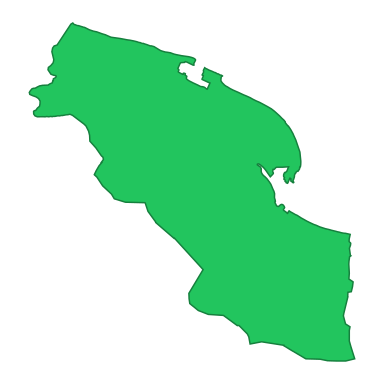 Kota Lhokseumawe, Aceh, Indonesia
{"feature_id": "22746128B88010078110453", "entity_name": "Kota Lhokseumawe", "entity_type": "district", "adm_level": 2, "iso_a3": "IDN", "parent_name": "Indonesia", "parent_adm1": "Aceh", "projection": "orthographic", "projection_center": [97.116, 5.162], "detail": "fine", "context": "isolated", "style": "filled", "palette": "green", "viewbox_px": 384, "rotation_deg": 0, "n_neighbors": 0, "source": "geoboundaries", "source_scale": "gbopen_adm2", "svg_char_len": 5716}
<svg xmlns="http://www.w3.org/2000/svg" viewBox="0 0 384 384"><path d="M350.2,234.4L348.6,234.0L345.5,233.3L343.9,233.2L341.6,232.8L338.8,232.0L337.9,231.9L336.2,231.4L331.3,230.2L329.3,229.6L325.4,228.7L319.8,226.9L316.0,225.2L313.9,224.5L309.6,222.5L306.8,221.1L303.8,219.4L301.1,217.9L297.1,215.3L295.2,214.5L293.7,213.6L290.1,211.6L289.3,210.9L289.0,210.9L288.9,211.1L288.5,211.8L288.1,212.1L288.1,212.4L287.8,213.1L287.4,213.4L286.2,212.2L284.0,210.6L283.7,210.4L283.5,210.1L283.4,209.8L283.6,209.2L284.5,207.9L284.6,207.6L284.6,207.4L284.4,206.8L283.5,205.3L282.6,204.6L281.7,204.4L281.1,204.5L280.3,205.0L279.6,205.5L278.8,206.3L278.3,206.5L276.9,206.1L276.5,205.6L275.9,204.5L274.8,202.1L274.9,201.9L275.3,201.6L275.4,201.4L275.1,199.8L274.5,197.9L274.5,196.2L274.6,193.7L273.9,191.2L273.1,189.6L271.1,184.8L270.6,183.8L269.3,181.9L267.0,178.8L264.9,176.7L263.4,175.5L262.3,174.1L261.6,172.9L261.4,172.2L261.2,171.3L261.2,169.2L261.3,169.0L260.9,167.9L260.5,167.2L260.0,166.7L257.4,165.0L257.3,164.3L257.6,164.1L258.2,163.8L259.2,164.1L260.8,165.2L262.9,167.0L264.0,168.1L265.5,169.9L270.3,176.8L271.8,175.3L273.3,173.6L273.3,172.8L272.9,172.2L272.7,171.8L273.0,169.4L273.6,169.3L274.1,169.4L274.9,168.7L275.7,167.7L276.7,167.2L282.5,167.2L286.8,166.9L288.6,166.8L286.9,171.1L285.2,172.7L284.8,172.5L284.2,173.2L283.6,174.9L283.6,175.6L283.6,176.3L283.8,176.9L284.5,177.5L283.9,179.0L284.1,179.5L284.6,179.6L285.1,180.1L285.2,180.5L285.0,181.1L285.1,181.4L285.6,181.9L286.3,182.2L286.4,182.3L286.3,182.8L287.4,183.3L287.7,183.1L287.9,182.8L289.8,178.3L290.0,178.1L290.8,178.7L291.0,178.9L290.8,179.6L290.8,179.9L290.9,181.0L291.0,181.3L291.4,181.5L292.7,182.0L292.6,182.5L292.9,182.6L293.5,182.7L293.8,182.2L293.2,181.4L293.1,181.1L293.1,180.4L293.7,179.1L294.4,176.8L294.5,175.1L294.9,174.3L295.1,173.6L295.3,173.3L295.4,173.2L295.6,173.2L295.8,173.0L295.9,172.4L296.1,172.2L297.4,171.1L297.8,171.1L298.0,171.2L298.3,170.9L299.6,168.8L299.7,167.1L300.0,166.8L300.2,167.0L300.3,167.0L300.4,166.8L300.7,164.9L300.8,162.5L300.8,161.1L299.9,152.1L299.1,149.7L298.2,147.1L295.8,140.0L295.3,138.9L293.7,135.4L293.1,133.9L290.9,129.9L289.4,127.6L288.3,126.0L288.0,126.0L287.8,125.8L285.6,123.1L285.3,122.5L285.2,121.7L284.7,121.1L283.8,120.0L282.0,118.4L279.5,115.8L274.5,111.3L273.5,110.5L271.3,108.8L267.5,106.6L262.7,104.0L259.5,102.3L256.2,100.9L252.6,99.1L250.4,97.8L246.2,95.9L243.7,94.9L239.0,92.7L232.9,90.0L230.0,88.5L227.3,86.8L226.1,86.2L224.8,85.3L224.2,84.8L223.7,84.2L222.5,83.1L221.2,81.3L221.0,80.8L220.9,79.0L221.1,78.3L221.1,77.4L221.6,76.5L222.5,76.0L222.5,75.9L221.7,75.4L221.1,75.1L220.1,75.0L218.3,73.9L217.3,73.8L216.4,73.2L215.4,72.6L214.4,72.4L212.1,71.3L208.8,70.0L207.2,69.1L205.8,68.5L204.7,67.7L203.4,70.3L203.4,70.9L203.6,71.7L203.6,72.0L203.2,73.0L202.2,74.7L202.2,75.1L203.3,75.6L203.4,75.8L202.0,79.1L202.0,79.3L202.2,79.5L208.6,82.5L210.0,83.0L207.3,89.0L207.1,89.2L206.7,89.0L206.2,88.7L204.8,87.5L204.3,87.2L202.7,86.7L201.4,86.6L200.4,86.4L199.8,86.1L198.3,85.3L193.1,82.9L189.4,81.0L188.1,80.2L186.9,79.3L186.5,78.7L186.3,78.2L186.4,77.8L186.8,76.5L186.8,76.3L186.6,76.1L185.3,75.3L185.1,75.0L185.1,74.9L185.4,73.9L185.2,73.6L184.8,73.4L184.2,73.2L183.5,73.2L183.4,73.2L183.2,73.5L183.3,74.2L183.2,74.3L182.9,74.4L180.4,73.2L178.5,72.1L178.3,71.9L178.3,71.5L178.9,70.1L178.9,69.8L178.8,69.6L178.0,68.8L177.9,68.7L177.9,68.4L180.2,63.2L180.6,62.8L180.8,62.7L184.7,62.4L184.9,62.2L185.0,61.8L185.2,61.6L185.4,61.6L185.8,61.7L187.1,62.2L193.0,65.1L193.9,65.2L194.0,65.1L193.8,63.7L194.0,63.2L195.3,60.7L195.5,60.2L195.5,59.8L195.4,59.5L195.0,59.1L194.2,58.5L193.0,57.9L191.5,57.4L188.7,56.7L181.6,55.7L176.1,54.6L173.7,54.0L170.5,52.8L167.6,52.3L165.2,52.0L161.8,51.0L160.9,50.7L159.9,50.2L154.0,46.6L151.4,45.9L150.3,45.9L150.0,45.8L146.8,44.6L144.5,43.9L143.3,43.4L142.0,43.4L140.2,42.6L138.8,42.4L136.8,41.7L134.0,41.0L130.0,40.2L127.6,39.9L120.2,38.5L111.6,37.3L110.7,37.1L106.3,35.2L105.5,34.8L102.1,33.8L96.9,31.9L93.2,31.1L89.4,29.8L87.6,28.9L84.6,27.4L83.4,27.2L82.3,26.8L79.6,26.0L78.8,25.7L77.1,25.5L76.5,25.3L75.7,24.9L74.5,24.6L74.2,24.5L73.7,24.0L72.8,23.0L70.9,24.1L57.1,45.0L54.1,46.0L52.6,48.1L51.9,51.7L53.8,59.7L53.2,62.7L50.8,65.6L48.4,67.4L48.0,69.8L50.9,74.2L53.5,75.2L55.9,75.7L56.2,76.7L55.4,77.7L53.4,78.8L53.3,80.0L53.2,79.9L52.8,80.6L52.3,82.8L49.8,83.9L48.0,85.1L45.4,85.2L42.7,85.3L39.6,85.9L37.1,87.1L35.2,88.2L34.0,88.2L32.1,88.7L30.5,90.5L29.3,92.4L29.8,94.4L32.5,95.6L36.1,96.9L38.6,98.6L40.1,101.1L40.0,104.0L39.5,106.3L37.5,108.0L35.7,110.4L34.3,110.7L33.6,111.4L33.7,114.0L34.9,115.8L37.3,116.8L42.3,116.7L45.3,116.8L46.7,116.5L48.8,116.8L50.8,116.4L52.1,116.7L53.1,116.4L54.9,116.4L57.9,115.8L59.6,115.9L61.2,115.5L62.6,115.5L66.2,114.8L68.0,114.7L69.4,114.3L70.4,114.4L72.6,115.4L83.8,123.9L86.0,126.0L88.6,131.2L89.6,135.3L89.9,141.2L95.9,147.9L101.3,155.7L103.0,157.3L103.4,159.5L101.2,162.6L101.7,162.7L99.1,165.7L96.2,170.7L94.3,174.7L96.9,177.1L102.7,185.9L111.5,194.1L114.3,198.8L125.4,202.2L145.0,202.7L145.0,202.3L148.0,211.4L155.7,222.0L155.7,222.5L174.1,238.4L174.4,238.1L203.1,269.6L188.9,293.3L189.1,298.8L189.8,303.6L198.3,310.5L208.3,314.4L223.4,315.4L237.3,325.6L239.0,325.5L247.3,333.9L248.8,336.9L250.1,344.0L261.6,341.8L283.9,345.3L283.8,345.7L290.7,349.9L305.8,358.8L320.1,359.2L327.5,360.7L337.1,361.0L345.7,361.0L354.7,358.8L350.9,346.7L349.3,341.0L349.3,330.5L350.0,326.8L345.5,323.9L343.4,315.9L343.8,313.4L347.8,297.1L347.7,297.1L347.9,292.3L351.3,291.7L352.5,286.7L353.1,281.9L348.9,279.0L349.3,273.3L348.8,264.0L349.0,261.1L349.6,256.7L350.9,255.8L350.4,255.4L349.4,248.3L350.5,245.2L350.7,243.3L350.5,242.9L349.5,242.0L349.1,241.5L349.2,239.0L350.2,234.4Z" fill="#22c55e" stroke="#15803d" stroke-width="1.5"/></svg>